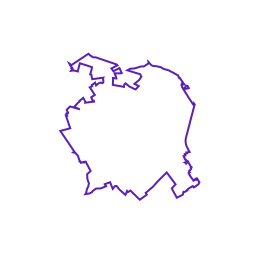 Kanasín, Yucatán, Mexico, rotated 145°
{"feature_id": "50627088B17603753996885", "entity_name": "Kanasín", "entity_type": "district", "adm_level": 2, "iso_a3": "MEX", "parent_name": "Mexico", "parent_adm1": "Yucatán", "projection": "robinson", "projection_center": [-89.548, 20.915], "detail": "fine", "context": "isolated", "style": "outline", "palette": "violet", "viewbox_px": 256, "rotation_deg": 145, "n_neighbors": 0, "source": "geoboundaries", "source_scale": "gbopen_adm2", "svg_char_len": 5490}
<svg xmlns="http://www.w3.org/2000/svg" viewBox="0 0 256 256"><g transform="rotate(145 128 128)"><path d="M128.0,42.9L121.9,42.0L121.4,41.9L121.2,42.0L120.2,43.0L119.2,43.9L118.5,43.3L118.1,43.0L117.5,43.1L117.2,43.1L116.1,43.0L115.2,42.8L115.1,43.3L114.6,43.4L113.6,43.6L112.2,43.5L111.0,43.5L110.1,43.4L109.9,43.4L109.3,43.4L109.3,43.2L108.2,43.2L108.1,41.6L107.0,41.5L102.5,41.5L102.2,41.8L101.9,42.0L101.6,42.1L101.4,42.3L101.2,42.3L100.8,42.4L100.7,42.5L100.5,44.7L100.4,46.7L101.2,46.5L101.1,47.0L101.1,47.6L102.1,47.6L102.8,47.5L102.9,47.3L103.1,47.0L103.5,47.1L104.0,47.3L104.4,47.4L104.6,47.4L104.5,47.8L104.5,49.1L104.6,50.2L104.6,51.5L104.6,52.9L104.6,54.1L104.3,54.1L104.1,55.2L104.1,55.4L104.1,56.4L103.3,56.5L102.8,56.4L102.8,56.5L102.8,57.7L102.0,57.9L100.8,58.0L99.7,58.2L99.6,59.3L98.4,59.5L98.7,60.5L98.5,61.9L98.4,63.1L98.4,63.7L98.3,64.5L98.1,66.1L99.6,65.8L100.3,65.7L100.8,65.5L100.9,67.0L101.0,67.1L100.8,67.1L100.7,67.1L100.4,67.1L99.8,67.3L98.6,67.5L98.8,68.8L98.9,69.2L99.2,69.3L99.1,70.3L99.0,70.5L98.9,71.5L98.6,73.1L97.6,72.8L96.8,72.6L96.5,74.1L95.3,73.8L94.2,73.4L94.1,74.4L93.6,74.2L92.6,73.7L91.3,73.1L91.2,74.2L91.0,75.8L90.7,77.4L90.7,78.0L90.6,78.7L90.5,79.3L90.4,79.6L90.1,80.6L90.0,81.0L89.7,81.8L89.1,83.0L88.8,83.5L87.9,84.9L87.0,85.9L86.5,86.4L85.4,87.4L84.2,88.4L83.9,88.7L83.3,89.2L83.1,89.3L82.4,89.9L81.1,91.0L79.9,92.1L78.6,93.1L78.5,93.3L78.1,93.6L77.8,93.9L77.3,94.3L76.6,94.8L75.9,95.5L75.3,95.9L73.5,97.5L73.2,97.7L72.3,98.6L71.4,99.2L71.0,99.7L69.4,101.0L67.4,102.7L64.8,104.9L64.7,105.0L63.8,105.8L61.9,107.3L59.8,109.1L59.9,110.4L61.1,109.3L61.1,110.5L61.1,112.1L61.0,113.3L61.0,114.0L61.0,114.7L61.0,115.7L61.0,116.0L61.0,117.3L60.9,118.6L60.8,119.7L60.7,121.0L60.7,121.3L60.7,122.3L60.7,122.6L60.7,123.4L60.6,124.0L60.6,124.3L60.6,124.6L60.5,125.1L60.5,125.9L60.4,126.1L60.4,126.6L60.4,128.0L59.9,127.8L59.1,127.6L58.5,127.2L58.0,126.9L57.3,126.5L56.7,126.3L56.3,126.1L55.9,126.0L55.7,125.9L55.3,125.8L55.2,128.3L55.3,128.4L55.7,129.0L56.1,129.0L56.7,128.9L58.2,128.5L59.4,128.3L60.3,128.2L60.2,130.7L59.0,131.8L59.5,132.5L59.2,132.9L58.5,133.5L57.6,132.5L57.1,131.9L56.9,131.6L56.9,132.5L56.9,133.0L56.9,133.5L56.9,134.8L56.9,137.3L56.8,139.1L57.4,139.3L57.1,140.6L57.3,140.7L56.8,142.5L57.1,142.9L57.3,143.2L57.5,143.6L57.7,144.1L57.9,144.5L58.3,145.3L58.4,145.5L58.7,146.1L58.9,146.4L58.8,146.5L59.0,146.8L59.6,148.0L60.2,149.1L60.5,149.8L61.1,150.6L61.3,151.5L62.1,152.6L63.0,153.7L63.7,154.4L64.0,154.8L64.6,155.6L65.4,156.7L65.8,158.1L65.9,158.6L67.4,160.2L68.3,161.3L69.7,162.6L70.3,163.2L71.7,164.2L72.4,165.2L72.9,166.5L73.1,167.6L73.2,168.5L73.3,169.9L73.4,170.5L74.2,169.1L75.9,169.2L77.1,169.3L78.2,169.2L80.1,169.5L81.7,170.8L88.6,173.1L92.2,175.3L93.8,175.4L95.4,175.6L92.0,171.2L87.2,165.1L87.6,162.4L91.5,160.9L97.4,160.5L95.2,156.2L99.6,155.2L101.0,157.3L101.4,158.3L102.2,159.6L103.1,161.2L104.1,165.0L104.4,166.0L106.1,165.8L107.8,164.0L110.5,166.9L115.7,172.0L112.0,176.9L111.6,177.6L109.2,175.3L108.4,176.9L108.1,178.9L107.9,179.7L107.6,180.5L102.1,176.6L101.5,176.6L101.5,177.4L100.6,182.0L107.4,182.9L107.4,185.1L107.4,186.3L100.7,185.4L100.9,186.6L114.0,204.5L115.9,205.8L116.4,206.5L116.7,207.8L117.2,208.6L117.6,210.4L117.8,211.5L138.5,212.0L138.8,213.8L139.1,214.5L139.6,209.9L139.2,209.7L139.2,209.0L140.0,209.1L139.8,208.0L140.7,207.9L140.8,207.9L141.8,207.7L142.0,207.6L141.2,207.2L139.8,206.5L139.5,206.3L137.5,204.0L136.6,203.1L136.3,203.6L130.3,208.6L129.4,207.5L128.9,206.8L128.7,206.5L127.9,205.5L127.4,204.9L126.9,204.2L123.9,200.2L122.6,198.4L123.7,197.4L125.0,196.2L126.5,195.0L128.2,193.6L127.4,192.8L129.3,188.5L124.4,186.0L119.4,183.4L119.6,183.3L120.3,182.4L121.7,179.9L122.0,179.6L122.7,179.4L122.7,179.5L124.1,180.3L124.2,180.7L125.1,181.2L125.8,181.4L126.1,181.4L127.0,181.4L128.1,181.3L128.8,181.3L129.7,181.2L128.9,184.0L132.6,183.9L133.1,183.9L133.3,182.8L134.0,182.8L136.0,183.3L136.2,174.1L140.5,174.3L141.4,170.4L140.4,170.1L140.7,169.1L148.6,173.3L147.8,174.2L147.4,178.4L148.4,178.3L151.1,178.1L152.4,177.9L152.4,177.6L152.9,177.5L154.8,177.3L159.9,176.1L160.0,176.1L156.7,170.8L161.2,176.5L161.8,177.2L163.0,178.8L163.3,178.8L163.7,178.8L163.9,178.7L164.1,178.7L164.5,178.6L164.9,178.6L165.1,178.5L165.4,178.5L165.7,178.4L166.1,178.3L166.5,178.3L166.9,178.2L167.5,178.1L167.9,178.0L168.2,175.9L168.5,175.6L168.2,175.1L168.6,174.7L169.1,175.3L170.2,175.2L170.5,173.7L170.7,173.1L171.7,173.9L175.5,160.9L185.1,164.4L185.5,139.6L186.9,139.5L185.4,137.8L185.0,133.8L185.2,133.0L185.4,132.6L186.4,129.1L186.5,128.9L186.8,128.7L186.9,128.3L186.2,127.9L186.5,126.5L184.8,126.0L184.8,125.8L183.5,125.5L183.6,124.9L182.0,124.7L182.6,119.5L182.9,117.3L183.1,115.5L183.3,114.2L187.9,113.6L190.2,110.1L191.3,107.2L191.6,105.2L194.6,102.5L195.4,102.2L196.3,101.8L197.3,100.9L199.6,98.8L200.8,98.3L196.9,96.4L194.2,96.1L193.4,96.6L188.8,96.7L188.0,96.1L184.9,94.1L179.3,92.9L179.3,95.3L177.5,94.9L173.8,93.8L174.6,90.3L175.4,86.9L172.0,87.9L170.6,87.0L170.6,86.9L170.4,82.6L169.7,79.9L169.3,78.3L168.5,74.7L167.3,75.4L164.9,76.9L164.9,75.6L162.4,75.3L162.1,75.3L161.9,75.3L161.5,73.4L161.5,72.9L161.4,72.5L161.3,72.2L161.4,71.9L161.3,71.7L161.2,71.4L161.0,70.3L160.8,69.3L160.6,68.4L160.3,66.6L160.2,66.2L160.1,65.8L160.0,65.0L159.7,63.7L159.5,62.5L150.8,62.6L150.7,64.7L141.0,65.6L135.7,66.9L134.4,67.2L128.3,68.3L121.8,69.4L121.8,68.1L121.7,67.4L121.7,66.1L121.6,62.9L121.5,60.9L121.5,60.6L121.4,56.3L121.3,54.6L126.8,53.4L128.0,42.9Z" fill="none" stroke="#5b21b6" stroke-width="2"/></g></svg>